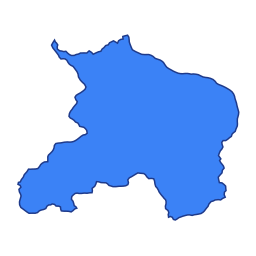 Galiléia, Minas Gerais, Brazil, rotated 179°
{"feature_id": "56859067B11890603892826", "entity_name": "Galiléia", "entity_type": "district", "adm_level": 2, "iso_a3": "BRA", "parent_name": "Brazil", "parent_adm1": "Minas Gerais", "projection": "albers", "projection_center": [-41.52, -18.889], "detail": "fine", "context": "isolated", "style": "filled", "palette": "blue", "viewbox_px": 256, "rotation_deg": 179, "n_neighbors": 0, "source": "geoboundaries", "source_scale": "gbopen_adm2", "svg_char_len": 4326}
<svg xmlns="http://www.w3.org/2000/svg" viewBox="0 0 256 256"><g transform="rotate(179 128 128)"><path d="M218.0,46.8L216.1,47.5L213.8,48.0L211.6,48.9L210.4,51.2L208.7,52.4L206.6,52.5L205.1,53.4L202.8,52.9L201.3,51.2L198.6,51.1L196.9,50.3L196.7,48.0L196.1,46.3L194.1,46.0L191.0,45.9L188.6,45.7L186.3,45.1L184.4,46.4L182.7,48.0L180.6,48.7L181.6,50.3L183.1,51.2L183.6,53.5L184.3,55.8L185.8,57.7L185.4,60.5L183.8,62.1L182.0,63.5L180.0,63.8L178.1,63.4L175.6,63.4L172.8,63.7L170.1,63.5L167.1,63.9L165.1,63.9L164.7,65.8L164.9,68.3L162.3,70.3L161.1,72.6L160.4,74.9L158.1,74.7L156.0,73.9L153.4,73.7L151.0,73.6L149.5,72.6L148.0,70.9L146.0,70.3L144.0,69.6L140.9,69.6L138.0,69.9L135.7,69.9L133.4,70.0L131.2,70.3L129.1,71.4L128.5,73.3L129.1,76.2L127.5,78.2L125.6,79.1L123.7,80.2L121.5,81.5L119.0,82.9L116.1,82.5L113.0,82.2L111.4,81.0L109.9,78.7L108.1,77.0L105.7,77.2L103.2,76.8L102.4,74.6L102.0,71.5L101.3,69.0L100.0,67.6L98.8,65.5L98.0,63.5L96.7,61.6L95.5,60.0L94.3,58.6L93.1,57.0L91.7,55.6L91.2,53.8L91.3,51.5L92.0,49.2L91.8,46.7L89.4,44.8L88.7,42.6L89.3,40.8L89.0,38.1L87.2,38.8L85.2,37.9L84.2,35.8L82.3,35.2L80.5,36.2L78.7,37.5L76.9,38.1L74.6,38.9L71.9,39.6L70.2,40.0L68.2,40.1L65.4,39.5L63.2,40.1L61.4,40.3L58.9,40.7L56.5,41.2L54.5,42.4L53.1,43.7L51.8,45.4L50.6,46.9L49.4,48.2L48.4,50.6L46.2,53.0L43.9,53.6L42.2,54.5L39.1,54.8L36.6,54.5L34.5,56.0L32.0,57.1L33.0,59.6L32.7,62.2L31.1,63.7L31.3,66.0L31.4,68.2L32.9,69.8L35.0,71.5L37.6,71.8L38.3,75.0L38.6,77.3L36.8,79.4L34.8,81.5L34.4,84.1L32.6,86.2L33.2,88.2L34.3,89.8L35.9,91.8L37.0,93.9L35.7,95.5L36.9,97.3L38.0,98.8L37.4,100.7L36.2,103.4L34.6,105.2L33.4,107.4L34.2,109.9L34.5,112.0L33.1,113.8L30.6,113.7L28.5,115.0L26.6,116.6L24.8,117.8L24.1,120.0L22.7,121.4L20.9,122.7L20.0,125.2L18.7,128.1L18.5,130.0L18.6,132.7L18.5,135.3L17.9,137.3L17.3,139.5L17.0,141.9L17.8,145.1L18.4,147.4L18.8,149.2L19.1,151.0L19.9,153.6L20.6,156.0L20.9,157.8L21.8,160.1L23.3,162.3L25.3,164.0L26.8,165.0L29.6,166.7L32.3,168.1L34.3,169.0L36.6,169.9L38.7,171.2L40.0,173.1L42.1,175.0L44.7,176.2L47.3,176.9L49.6,177.2L52.0,177.7L54.5,178.9L56.8,180.1L59.2,180.6L61.9,180.9L63.8,180.7L65.9,181.2L67.7,181.5L70.0,181.5L72.5,181.3L74.4,181.4L76.9,181.9L79.5,183.0L81.6,184.0L83.8,185.3L86.1,186.6L88.1,188.0L89.2,189.4L90.3,191.1L91.4,192.9L92.7,194.1L94.7,195.4L96.7,196.1L99.5,197.1L101.8,199.2L103.7,200.3L106.0,201.1L109.9,201.1L113.0,201.4L114.8,202.2L116.7,203.1L118.4,203.9L119.9,204.7L122.3,206.2L123.4,208.8L124.6,212.0L125.2,214.0L125.3,216.1L125.6,218.8L126.8,220.8L129.5,220.2L131.6,219.6L131.4,217.0L133.8,216.7L135.9,215.4L137.0,213.0L139.1,214.3L141.0,215.4L142.9,214.5L144.9,213.6L146.3,211.5L148.9,210.8L150.6,208.8L152.5,207.4L153.8,205.2L156.2,204.7L158.6,203.7L161.5,202.4L163.1,204.2L165.5,205.8L167.9,203.7L170.7,203.8L174.2,203.8L176.2,202.8L178.5,202.4L180.5,201.5L183.3,201.5L185.2,202.4L186.9,203.8L188.8,205.8L190.8,205.5L193.0,206.1L195.0,206.4L197.2,208.1L197.4,210.4L196.8,212.3L198.0,214.2L199.2,215.4L199.9,217.2L201.5,214.8L203.0,212.2L201.7,209.3L199.9,207.0L198.4,205.0L197.3,203.5L196.2,201.9L195.5,200.1L193.8,198.2L191.6,198.4L189.8,198.2L188.0,196.9L186.8,194.6L185.6,192.9L183.9,191.6L181.9,190.6L180.8,189.2L179.7,187.6L178.0,185.2L177.0,182.8L176.6,179.8L174.8,176.7L173.0,174.7L170.7,172.5L169.3,169.7L170.3,167.4L172.4,165.7L174.9,164.0L177.4,162.7L179.2,161.6L180.5,159.7L179.6,157.1L178.3,155.4L178.9,153.4L180.9,151.2L182.4,149.4L183.6,147.6L185.2,145.7L186.3,143.5L186.8,140.7L185.5,139.0L183.5,137.9L181.8,136.6L180.4,134.9L178.1,133.9L177.1,132.3L176.3,130.5L174.3,130.0L172.2,129.5L170.7,128.2L169.3,126.3L168.9,123.5L170.8,122.1L172.9,121.8L174.9,120.6L177.2,118.8L179.2,117.3L180.7,116.4L182.3,115.6L184.2,115.1L186.3,114.9L189.0,115.1L192.0,114.9L195.3,114.3L198.3,114.1L200.5,113.7L201.9,111.9L202.3,109.4L203.2,107.3L204.2,105.9L205.9,104.2L208.0,102.3L208.7,100.6L208.7,98.4L208.8,95.7L212.2,95.5L214.4,94.3L215.9,93.0L217.1,91.1L218.9,89.0L221.5,88.6L224.0,88.6L226.3,88.5L228.2,88.6L229.8,86.1L231.0,84.8L232.5,83.2L233.6,80.6L235.5,78.3L236.6,76.0L238.5,75.5L239.0,73.6L236.8,72.5L236.1,70.7L238.1,68.6L237.7,66.0L236.6,63.8L236.1,61.9L236.7,59.8L237.3,57.9L237.8,56.0L237.7,53.1L236.5,50.4L234.5,48.9L232.7,47.5L230.5,45.8L228.5,44.5L226.1,44.5L224.2,44.5L222.4,44.4L220.0,45.0L218.0,46.8Z" fill="#3b82f6" stroke="#1e3a8a" stroke-width="1.5"/></g></svg>